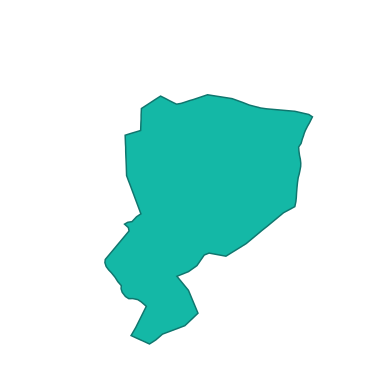 outline of Aroeiras do Itaim, Piauí, Brazil, rotated 319°
{"feature_id": "56859067B23103915358992", "entity_name": "Aroeiras do Itaim", "entity_type": "district", "adm_level": 2, "iso_a3": "BRA", "parent_name": "Brazil", "parent_adm1": "Piauí", "projection": "robinson", "projection_center": [-41.534, -7.243], "detail": "fine", "context": "isolated", "style": "filled", "palette": "teal", "viewbox_px": 384, "rotation_deg": 319, "n_neighbors": 0, "source": "geoboundaries", "source_scale": "gbopen_adm2", "svg_char_len": 1357}
<svg xmlns="http://www.w3.org/2000/svg" viewBox="0 0 384 384"><g transform="rotate(319 192 192)"><path d="M267.5,128.8L263.4,127.1L253.7,123.1L250.3,121.5L245.0,119.3L242.0,118.0L238.0,115.6L236.6,112.4L234.6,107.5L233.4,104.3L231.2,99.0L225.2,98.1L218.5,97.2L208.6,95.8L204.2,100.4L201.4,103.6L198.8,106.3L193.6,111.9L183.0,107.1L178.8,105.3L173.3,112.1L171.4,114.6L168.4,118.1L159.6,129.1L153.4,136.7L151.4,142.0L150.3,145.1L139.1,175.0L134.0,174.3L127.3,175.0L123.6,172.7L120.0,172.0L120.6,177.1L118.9,180.1L82.3,186.0L79.9,188.2L78.3,192.0L78.0,196.2L78.2,200.1L78.0,205.8L77.2,211.0L77.2,216.3L75.0,218.5L73.5,222.0L73.2,227.2L74.3,231.0L77.5,233.7L80.5,237.7L81.6,241.6L82.5,248.3L60.8,257.3L51.8,260.4L60.2,278.8L67.7,279.9L76.5,279.9L98.9,288.2L111.1,287.7L117.0,287.4L124.8,263.9L125.3,245.7L137.1,249.8L147.4,250.8L159.9,247.6L164.8,249.3L175.5,262.7L199.1,266.5L219.7,266.9L226.1,267.2L247.5,267.7L260.0,270.5L264.1,267.4L267.0,264.7L270.3,261.3L274.6,257.1L277.9,254.0L281.6,250.8L284.5,248.9L287.8,246.4L290.7,244.1L293.0,241.6L295.3,238.3L297.1,235.0L299.6,231.2L302.0,228.0L306.2,226.9L310.0,224.4L312.9,222.8L315.4,221.2L318.0,219.9L322.4,218.1L326.2,216.8L328.8,215.7L332.2,214.3L331.0,210.1L322.6,198.6L302.9,178.2L298.9,173.6L292.3,164.0L289.2,158.0L283.5,147.8L267.5,128.8Z" fill="#14b8a6" stroke="#0f766e" stroke-width="1.5"/></g></svg>